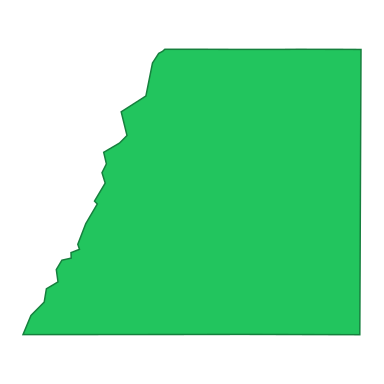 Douglas, Colorado, United States of America (Mercator projection)
{"feature_id": "52423323B5867445839727", "entity_name": "Douglas", "entity_type": "district", "adm_level": 2, "iso_a3": "USA", "parent_name": "United States of America", "parent_adm1": "Colorado", "projection": "mercator", "projection_center": [-105.087, 39.348], "detail": "fine", "context": "isolated", "style": "filled", "palette": "green", "viewbox_px": 384, "rotation_deg": 0, "n_neighbors": 0, "source": "geoboundaries", "source_scale": "gbopen_adm2", "svg_char_len": 550}
<svg xmlns="http://www.w3.org/2000/svg" viewBox="0 0 384 384"><path d="M172.5,334.5L242.5,334.4L359.8,334.7L361.0,49.5L351.5,49.4L298.1,49.3L282.6,49.4L237.7,49.4L233.0,49.4L203.2,49.3L164.8,49.3L162.6,51.3L158.7,53.4L152.5,63.0L145.9,96.0L121.2,111.8L127.0,135.5L119.6,143.0L103.7,152.3L106.4,163.9L102.0,172.7L105.2,183.1L94.5,201.1L97.3,204.0L85.8,223.6L77.8,244.3L79.5,249.3L71.0,252.6L71.2,258.1L61.9,260.2L56.3,269.6L58.0,281.9L46.4,288.8L44.2,302.1L31.0,315.4L23.0,334.6L172.5,334.5Z" fill="#22c55e" stroke="#15803d" stroke-width="1.5"/></svg>